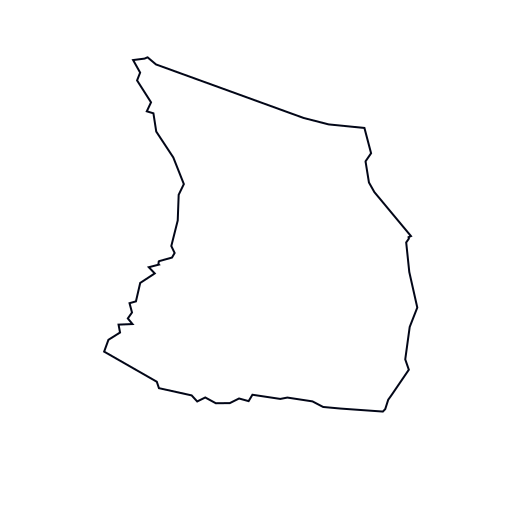 Cumberland, North Carolina, United States of America (Natural Earth projection), rotated 200°
{"feature_id": "52423323B14263080963128", "entity_name": "Cumberland", "entity_type": "district", "adm_level": 2, "iso_a3": "USA", "parent_name": "United States of America", "parent_adm1": "North Carolina", "projection": "natural_earth1", "projection_center": [-78.796, 35.051], "detail": "fine", "context": "isolated", "style": "outline", "palette": "ink", "viewbox_px": 512, "rotation_deg": 200, "n_neighbors": 0, "source": "geoboundaries", "source_scale": "gbopen_adm2", "svg_char_len": 1114}
<svg xmlns="http://www.w3.org/2000/svg" viewBox="0 0 512 512"><g transform="rotate(200 256 256)"><path d="M82.6,166.2L81.6,169.7L80.8,172.7L73.5,201.4L80.4,209.9L87.3,241.9L86.8,262.7L106.5,293.4L119.5,320.1L118.3,324.6L119.1,325.9L117.5,327.4L117.2,327.7L166.6,356.5L175.0,363.7L185.0,381.6L185.2,381.8L185.3,382.0L185.3,382.3L185.4,382.6L183.0,391.9L197.9,413.4L232.8,404.5L258.4,402.0L415.5,401.8L425.8,405.6L426.1,405.4L428.2,403.4L438.5,398.1L427.6,388.7L427.8,380.3L407.2,364.5L408.1,354.6L401.2,355.0L392.3,338.8L367.4,320.3L348.4,298.9L349.6,287.1L341.7,262.6L339.0,236.4L333.5,231.0L334.4,225.8L345.2,218.1L345.5,217.7L345.5,217.4L345.3,216.9L345.1,215.6L345.0,215.2L344.7,214.9L344.3,214.7L352.9,208.8L345.2,205.0L355.6,191.1L353.3,172.3L358.7,168.4L353.2,160.5L355.1,153.5L348.8,149.8L361.7,144.5L357.6,137.6L366.0,126.8L366.0,114.2L306.2,103.9L302.0,98.6L268.8,103.0L261.5,99.2L255.3,105.7L243.4,103.9L230.3,108.8L223.2,116.3L213.3,117.1L211.9,124.4L184.3,130.0L178.1,133.7L153.2,138.7L141.3,137.1L124.2,141.6L83.6,153.2L82.2,156.3L82.6,166.2Z" fill="none" stroke="#020617" stroke-width="2"/></g></svg>